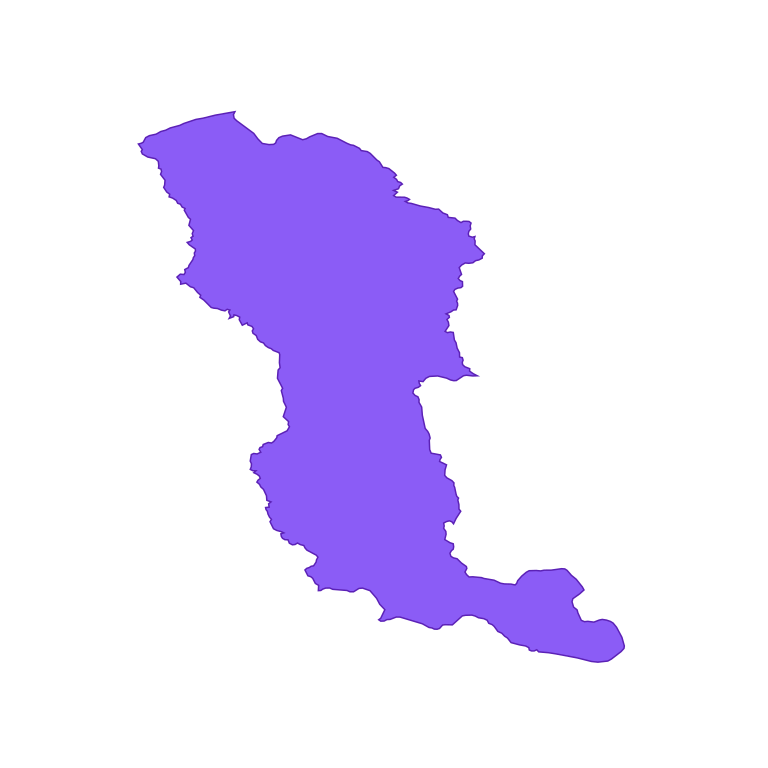 the district of Lurambi, Western, Kenya, rotated 283°
{"feature_id": "3690345B89314071613008", "entity_name": "Lurambi", "entity_type": "district", "adm_level": 2, "iso_a3": "KEN", "parent_name": "Kenya", "parent_adm1": "Western", "projection": "equal_earth", "projection_center": [34.691, 0.273], "detail": "fine", "context": "isolated", "style": "filled", "palette": "violet", "viewbox_px": 768, "rotation_deg": 283, "n_neighbors": 0, "source": "geoboundaries", "source_scale": "gbopen_adm2", "svg_char_len": 6151}
<svg xmlns="http://www.w3.org/2000/svg" viewBox="0 0 768 768"><g transform="rotate(283 384 384)"><path d="M161.1,655.0L164.4,664.4L167.2,667.5L176.6,675.2L180.3,677.3L182.8,677.1L190.7,672.8L199.3,665.3L202.6,661.0L203.6,658.0L204.0,653.9L203.7,649.6L202.4,646.8L199.2,642.1L198.6,636.0L197.5,632.8L198.1,629.4L204.6,624.4L207.3,623.0L209.3,618.9L214.1,616.2L217.3,616.3L223.6,621.9L228.3,625.2L230.9,622.9L237.0,615.2L239.7,609.7L243.6,604.3L244.5,601.8L244.0,598.6L240.2,588.7L238.6,581.9L237.1,578.6L236.5,574.2L234.7,567.4L232.6,565.0L227.8,561.4L222.4,558.5L219.5,558.1L217.7,556.9L217.6,552.7L216.3,546.4L216.1,542.4L217.6,535.4L217.0,525.1L217.3,522.6L216.1,513.8L215.1,510.3L216.9,507.3L219.0,505.2L222.9,506.2L224.7,505.3L227.0,499.7L230.2,494.5L230.2,490.8L231.1,488.0L233.9,486.3L236.8,487.2L238.6,488.6L241.1,488.5L243.9,487.4L244.2,483.9L246.1,478.2L251.5,478.3L254.3,477.4L256.8,474.6L259.2,474.6L261.9,473.4L264.0,475.8L265.4,478.5L265.0,481.1L263.4,483.2L269.2,484.5L277.3,487.4L279.0,485.2L283.4,484.1L287.6,482.0L289.6,482.3L290.9,480.2L292.9,479.0L299.2,476.1L300.9,474.8L303.4,474.4L305.1,471.9L306.7,466.4L308.6,463.7L314.1,462.8L319.3,463.1L321.0,455.6L323.1,455.6L325.4,456.5L327.6,454.9L327.2,445.5L330.3,443.3L339.3,440.8L341.7,441.1L345.4,439.2L347.6,437.3L350.0,434.1L362.1,428.4L370.0,425.9L374.0,422.2L376.7,421.7L379.2,419.9L379.8,416.9L381.7,414.2L385.1,414.1L386.8,415.2L388.5,418.2L390.6,420.0L392.6,418.2L394.8,417.3L395.1,421.5L399.0,423.5L401.6,426.6L403.9,434.5L403.8,443.8L402.9,447.9L402.9,451.1L403.6,453.6L410.0,459.7L411.1,462.4L411.8,468.6L413.0,473.0L414.1,468.7L415.8,464.5L418.2,464.1L419.0,458.8L420.6,456.2L422.8,455.4L425.0,455.7L427.3,454.4L427.3,451.6L431.5,450.5L435.4,447.2L440.4,444.9L442.7,442.7L449.8,439.9L449.6,436.9L448.3,434.2L449.0,431.7L455.5,434.1L458.8,432.8L461.0,430.8L463.7,432.7L465.4,431.9L466.3,428.7L469.5,433.1L471.7,435.1L472.5,437.6L477.1,438.1L479.2,437.5L481.1,436.1L483.2,436.6L489.8,431.0L492.1,431.8L494.1,434.4L495.2,437.3L496.9,438.6L501.4,437.4L501.9,434.8L503.5,432.6L506.2,433.5L508.2,434.9L514.3,431.1L517.3,432.8L520.2,435.9L520.7,439.5L522.1,443.3L524.8,445.5L526.2,448.5L528.7,451.4L531.0,451.0L533.5,452.5L540.1,441.3L543.9,440.6L545.7,439.2L548.1,439.4L546.9,437.1L547.2,433.4L549.2,432.4L551.8,432.3L554.5,433.6L557.5,432.4L560.4,432.6L561.5,430.3L561.0,427.2L560.4,424.7L558.6,422.7L559.8,418.8L561.6,415.9L560.8,409.1L563.2,407.7L563.9,402.9L566.7,397.9L565.8,394.8L566.0,387.9L565.6,379.4L566.1,369.9L565.8,366.5L566.7,363.7L568.0,366.0L569.6,367.3L570.4,364.6L570.6,361.9L568.8,353.8L569.7,351.0L573.9,353.9L574.8,349.8L577.5,354.2L580.6,354.7L582.9,356.9L584.1,354.9L584.3,351.8L586.2,350.2L587.6,347.0L590.2,349.1L591.9,346.8L595.0,340.3L595.2,336.9L594.8,334.2L599.5,329.5L600.6,326.7L605.6,318.7L606.7,315.4L606.3,309.3L608.1,307.1L609.7,300.6L609.5,297.6L610.2,293.7L612.9,283.1L612.5,273.5L614.0,267.0L613.1,263.0L608.1,256.0L605.5,253.2L603.7,249.8L605.7,236.9L602.7,229.4L600.4,226.2L597.2,224.5L594.5,224.2L592.7,222.6L591.4,218.1L591.0,211.3L594.5,205.9L598.9,200.7L607.3,181.4L609.2,178.2L612.6,176.7L615.8,177.5L608.0,159.1L602.3,147.9L599.5,141.2L592.8,130.3L590.1,126.9L585.4,118.1L582.2,114.2L579.8,109.7L576.2,105.8L573.2,99.5L570.5,96.4L565.4,95.0L564.0,93.4L562.6,90.7L558.0,95.8L556.1,95.1L553.8,96.8L552.0,102.7L552.1,110.6L550.2,114.0L545.9,115.5L543.6,115.7L543.2,118.4L540.9,119.5L538.0,119.1L533.3,124.8L528.4,125.5L526.0,125.1L522.2,129.1L520.7,132.5L518.0,132.5L517.6,136.2L516.1,140.3L513.7,142.3L513.4,145.2L511.0,147.5L510.3,150.7L508.4,150.3L502.3,155.9L501.0,158.4L494.7,158.2L490.6,163.9L487.4,163.3L485.0,164.7L483.2,163.0L481.2,164.7L479.5,163.5L477.7,160.4L475.8,163.0L473.1,169.8L471.0,170.4L469.0,169.7L466.4,170.7L464.3,169.8L462.3,169.8L455.7,167.3L453.4,167.2L450.7,164.1L448.1,165.3L445.7,164.5L445.2,160.8L441.6,158.2L438.1,162.9L435.5,163.4L437.7,168.3L435.2,173.5L435.0,176.9L431.2,181.8L429.3,185.4L427.0,185.1L425.3,189.5L419.7,198.4L419.6,201.1L420.1,204.8L419.4,208.9L419.5,212.6L421.5,214.4L421.4,217.2L419.3,216.4L415.7,219.1L413.1,218.4L415.8,222.4L417.6,222.3L417.6,225.1L416.7,228.4L414.1,228.5L409.4,232.7L412.8,236.9L411.0,238.0L410.4,242.4L408.4,244.5L406.1,243.7L403.9,245.0L402.5,248.6L399.1,250.9L397.3,254.1L396.9,257.4L394.8,259.7L393.5,263.0L393.0,266.3L391.8,268.5L390.9,274.7L389.2,275.8L381.2,277.3L376.5,279.1L373.8,277.7L365.6,278.9L357.0,286.2L354.5,285.4L347.5,289.1L344.5,290.0L339.4,294.1L329.5,293.2L325.9,299.5L322.9,299.7L321.1,301.5L316.6,300.1L309.6,291.5L307.5,291.6L303.2,289.5L301.2,287.7L301.0,284.4L297.9,279.9L295.6,279.8L294.2,277.5L292.2,277.0L289.8,279.3L287.3,276.1L287.0,272.7L285.4,270.6L278.8,271.0L276.5,272.8L273.4,273.3L270.7,272.9L270.0,275.7L270.6,278.7L268.3,277.1L267.5,280.6L266.3,283.2L264.2,284.7L262.0,282.9L259.8,282.2L258.2,285.3L256.0,287.1L254.2,290.3L248.7,294.6L244.3,296.0L243.7,300.4L241.3,298.5L238.2,299.8L237.0,296.4L235.1,297.3L233.7,299.0L231.2,300.2L228.5,302.4L226.8,304.8L224.2,303.9L218.1,308.9L217.2,312.4L217.0,317.0L216.4,319.8L214.8,317.2L212.3,318.3L210.8,319.9L210.0,322.5L210.6,325.5L207.6,327.6L206.7,330.9L207.6,333.4L209.6,335.5L208.7,338.5L208.6,342.2L206.5,343.9L204.8,346.2L202.0,356.5L200.4,358.6L197.5,357.8L195.2,357.9L191.0,356.3L190.0,354.0L188.4,352.5L187.0,350.2L185.0,348.8L180.0,353.0L179.8,355.9L178.7,358.2L174.2,362.0L173.1,365.6L167.9,366.5L168.6,368.9L170.3,370.4L172.0,373.0L173.0,376.9L172.4,380.2L174.5,394.4L173.9,397.5L174.7,401.1L179.2,405.6L180.3,409.0L179.5,416.8L173.5,425.0L168.4,429.4L164.3,435.6L155.0,433.5L153.1,431.9L152.2,434.2L153.1,437.5L155.1,439.8L156.0,442.9L159.7,448.4L160.5,452.1L159.0,475.3L156.9,482.6L157.1,485.6L156.5,488.1L157.0,490.9L158.3,493.1L162.3,495.3L163.2,497.6L164.7,504.8L175.7,512.5L177.0,515.5L178.6,521.6L178.4,525.1L177.5,528.6L177.8,534.2L177.0,537.7L174.4,539.9L173.9,543.5L172.6,545.9L168.5,550.6L167.7,554.8L165.4,558.3L164.3,561.4L160.6,566.0L160.3,574.8L160.6,580.9L159.7,584.4L157.5,585.4L157.1,587.8L157.7,590.4L159.4,592.6L157.8,595.0L159.2,604.8L159.7,612.0L160.6,634.0L160.3,648.5L161.1,655.0Z" fill="#8b5cf6" stroke="#5b21b6" stroke-width="1.5"/></g></svg>